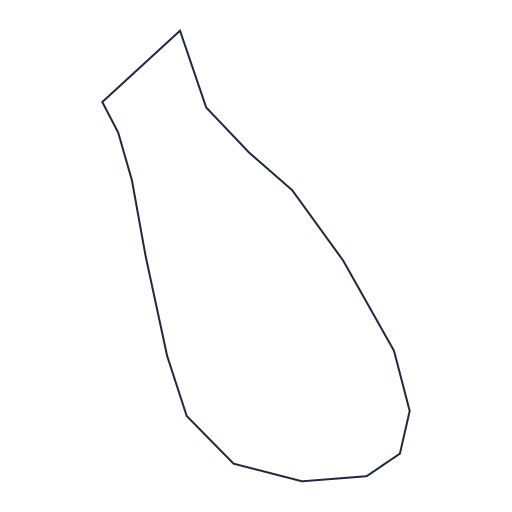 an SVG outline of Stoke-on-Trent
{"feature_id": "GBR-2778", "entity_name": "Stoke-on-Trent", "entity_type": "Unitary Authority", "adm_level": 1, "iso_a3": "GBR", "parent_name": "United Kingdom", "parent_adm1": "", "projection": "natural_earth1", "projection_center": [-2.175, 53.026], "detail": "fine", "context": "isolated", "style": "outline", "palette": "slate", "viewbox_px": 512, "rotation_deg": 0, "n_neighbors": 0, "source": "natural_earth", "source_scale": "10m", "svg_char_len": 342}
<svg xmlns="http://www.w3.org/2000/svg" viewBox="0 0 512 512"><path d="M102.3,102.0L180.0,30.7L206.2,107.5L249.2,152.7L292.2,190.2L343.1,260.5L394.0,350.8L409.7,411.0L399.9,453.6L366.6,476.2L302.0,481.3L233.6,463.7L186.7,416.0L167.1,355.8L145.5,255.5L131.9,180.2L118.2,132.6L102.3,102.0Z" fill="none" stroke="#1e293b" stroke-width="2"/></svg>